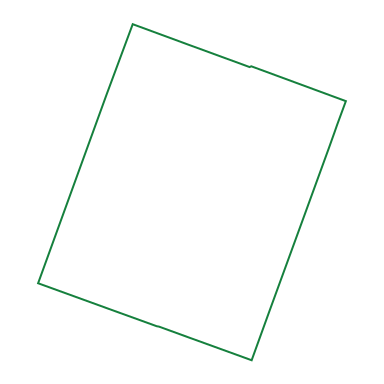 Stephens, Oklahoma, United States of America (orthographic projection), rotated 110°
{"feature_id": "52423323B61502128532198", "entity_name": "Stephens", "entity_type": "district", "adm_level": 2, "iso_a3": "USA", "parent_name": "United States of America", "parent_adm1": "Oklahoma", "projection": "orthographic", "projection_center": [-97.869, 34.485], "detail": "fine", "context": "isolated", "style": "outline", "palette": "green", "viewbox_px": 384, "rotation_deg": 110, "n_neighbors": 0, "source": "geoboundaries", "source_scale": "gbopen_adm2", "svg_char_len": 378}
<svg xmlns="http://www.w3.org/2000/svg" viewBox="0 0 384 384"><g transform="rotate(110 192 192)"><path d="M53.6,179.3L54.9,180.6L54.8,246.3L54.6,305.1L129.7,305.6L330.4,305.4L330.3,230.0L330.2,179.2L329.8,177.1L329.8,145.6L329.7,80.5L329.7,78.4L279.4,78.5L175.0,78.4L103.9,78.4L87.2,78.5L79.1,78.6L54.0,78.5L53.6,179.3Z" fill="none" stroke="#15803d" stroke-width="2"/></g></svg>